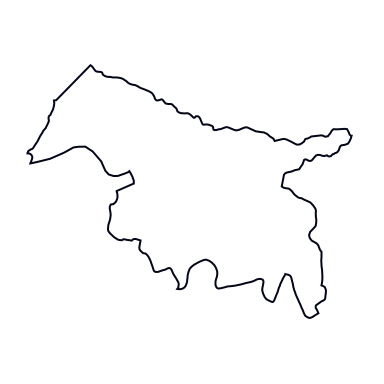 Desruisseaux, Micoud, Saint Lucia, rotated 357°
{"feature_id": "8701671B99321727283863", "entity_name": "Desruisseaux", "entity_type": "district", "adm_level": 2, "iso_a3": "LCA", "parent_name": "Saint Lucia", "parent_adm1": "Micoud", "projection": "robinson", "projection_center": [-60.935, 13.796], "detail": "fine", "context": "isolated", "style": "outline", "palette": "ink", "viewbox_px": 384, "rotation_deg": 357, "n_neighbors": 0, "source": "geoboundaries", "source_scale": "gbopen_adm2", "svg_char_len": 6056}
<svg xmlns="http://www.w3.org/2000/svg" viewBox="0 0 384 384"><g transform="rotate(357 192 192)"><path d="M311.9,319.7L310.7,316.4L309.5,314.3L309.5,312.7L309.9,311.7L312.3,310.1L315.4,308.1L317.8,307.1L318.8,306.4L319.4,305.4L320.6,298.2L320.5,296.4L319.6,293.9L317.9,292.7L316.4,292.1L317.0,289.7L317.5,286.9L317.8,283.5L317.8,276.4L317.5,272.9L317.5,267.1L317.9,264.0L318.2,258.5L316.8,256.5L315.2,251.7L313.7,249.8L309.0,246.8L307.3,244.3L306.8,242.3L306.7,241.1L307.9,238.0L312.1,234.1L313.8,232.2L314.5,228.7L314.7,225.9L314.4,223.5L314.5,219.3L314.8,217.2L314.3,215.0L312.1,211.5L309.7,208.7L307.3,207.4L303.2,205.3L300.9,203.9L298.8,203.5L297.5,202.8L294.8,200.5L293.5,199.0L291.8,196.4L289.4,194.0L287.9,193.5L284.7,192.9L283.3,192.2L281.9,191.2L284.7,179.8L285.9,178.3L287.8,177.5L291.2,177.0L293.4,176.5L295.8,175.6L300.2,174.9L302.3,172.0L303.8,170.2L305.6,165.9L306.8,165.3L308.2,165.7L309.9,166.8L311.5,167.2L312.8,166.9L313.6,166.4L315.7,164.1L317.7,162.1L319.3,161.5L321.6,161.7L324.2,162.7L326.2,163.0L328.7,162.4L329.9,163.4L331.1,163.7L332.6,163.4L334.5,161.6L335.5,161.6L336.6,160.8L338.3,160.3L339.1,159.9L340.7,158.1L341.9,155.0L342.9,153.7L343.8,153.2L347.5,152.8L350.2,151.9L351.6,150.2L353.2,147.3L354.3,144.2L353.6,144.1L352.5,143.1L351.5,140.2L350.1,137.3L347.6,136.9L343.5,137.0L340.1,137.0L336.5,136.7L334.9,138.0L333.1,140.7L330.6,143.4L328.0,143.8L325.6,142.6L324.2,142.2L314.2,142.8L312.1,143.9L309.9,144.7L308.0,145.0L306.4,147.6L303.5,149.5L301.6,150.2L299.9,150.2L298.8,150.0L296.5,148.7L292.9,146.5L288.9,144.4L286.7,143.8L285.1,143.9L281.3,144.6L277.2,145.4L276.1,143.0L272.5,140.4L270.3,138.1L268.7,137.2L266.8,136.2L265.1,136.0L258.8,134.7L251.2,130.7L249.8,130.2L247.4,130.5L242.1,132.4L239.5,132.8L237.4,132.2L231.8,129.5L230.9,129.2L230.0,129.1L228.9,129.1L224.5,130.5L223.0,130.8L221.8,130.8L219.6,131.4L218.6,131.4L217.7,131.3L216.9,131.0L216.6,130.2L216.5,129.0L216.3,128.0L215.9,127.4L215.1,126.9L213.0,126.0L211.6,125.5L210.3,125.3L209.2,125.3L207.0,125.4L206.4,125.1L206.0,124.6L205.7,124.0L204.0,119.2L203.2,117.8L202.3,116.9L201.5,116.7L200.6,116.6L199.7,116.7L198.5,118.0L197.8,118.0L197.0,117.4L194.7,114.9L193.2,113.8L192.1,113.2L190.9,113.1L188.3,113.1L184.8,112.6L183.2,111.9L182.1,111.1L181.5,110.3L181.4,109.7L181.2,108.8L180.6,107.6L178.0,105.0L177.4,104.2L176.4,103.3L175.2,103.0L173.1,102.9L171.6,102.6L170.8,102.4L170.0,101.9L169.4,101.1L167.8,98.8L167.1,98.1L166.3,97.9L165.4,98.1L164.4,98.5L162.0,98.8L161.3,98.6L160.7,98.1L160.2,97.4L159.9,96.8L159.3,94.9L158.8,93.6L157.6,91.7L156.8,90.8L155.9,90.2L154.7,89.4L150.2,87.2L146.5,85.6L145.2,84.9L142.9,83.3L140.7,82.2L138.1,81.7L136.5,81.1L135.0,80.4L134.2,79.9L132.1,77.8L131.2,77.1L128.7,75.3L126.4,74.4L123.2,73.7L122.0,73.6L119.4,73.5L118.3,73.3L117.0,73.0L116.2,72.7L115.3,72.8L113.0,72.4L112.0,72.0L111.1,71.6L109.4,70.4L109.0,69.8L108.8,68.7L108.1,67.7L106.7,67.2L105.8,67.2L103.0,66.7L102.1,66.2L101.1,64.9L98.9,61.5L98.5,61.1L97.2,60.1L61.2,93.2L58.9,93.4L59.0,94.2L59.1,96.3L58.7,98.3L57.8,101.5L57.2,102.9L55.1,106.5L54.8,107.5L53.4,108.5L53.0,108.9L52.6,110.6L52.8,113.8L52.6,114.1L52.2,115.0L50.5,118.3L49.8,119.3L49.2,120.6L48.7,121.0L46.8,123.0L45.1,125.8L44.2,126.9L42.7,129.2L42.0,130.6L41.5,131.3L40.7,132.9L37.6,137.0L35.5,140.0L34.9,140.5L33.6,140.9L31.7,141.9L30.9,142.4L30.5,142.9L30.0,144.0L29.7,144.8L31.3,145.0L32.1,145.3L32.7,145.7L33.9,147.1L34.3,148.4L34.3,149.5L33.9,150.9L32.2,154.7L32.1,155.0L38.5,154.0L52.0,151.4L66.1,146.1L76.0,141.3L81.0,140.9L87.8,141.1L94.9,146.3L102.9,156.6L106.6,166.3L109.7,170.1L114.4,171.9L118.7,172.1L125.7,170.1L129.7,168.7L130.5,167.9L131.5,169.6L133.3,173.7L134.5,177.8L134.3,180.5L116.8,187.1L116.8,187.8L117.3,189.4L117.4,191.8L117.3,193.5L116.9,194.9L115.7,197.5L114.5,198.7L112.8,200.0L110.4,200.2L109.8,200.9L109.1,202.5L109.0,204.2L109.4,207.3L109.6,210.6L108.8,215.0L106.8,220.4L106.2,223.9L106.2,226.1L107.1,227.8L108.4,229.4L111.8,233.0L115.1,235.4L117.0,236.2L119.6,236.5L121.0,235.6L122.5,235.8L125.3,236.6L126.9,236.8L129.2,237.4L130.9,236.1L131.7,235.9L133.4,236.0L135.7,236.8L138.1,237.7L136.6,243.9L136.5,244.8L136.5,245.6L136.7,246.7L137.3,247.7L139.3,249.9L140.3,250.6L142.3,251.0L143.1,251.7L144.1,252.8L144.9,254.0L145.9,256.0L146.8,258.2L147.2,259.4L147.5,260.6L148.6,264.2L149.5,267.7L149.9,268.7L150.5,269.4L151.4,269.9L152.6,270.0L154.2,270.0L155.2,269.6L157.7,268.9L161.9,267.9L162.9,267.3L164.7,266.7L165.6,266.8L166.4,267.2L167.0,267.8L167.4,268.5L167.8,269.3L168.3,270.9L169.0,272.8L171.5,277.2L173.0,280.2L173.4,281.1L173.7,281.9L173.9,282.9L173.8,284.2L173.3,286.7L172.2,288.0L173.7,288.3L174.8,288.4L175.8,288.4L176.8,288.2L177.7,287.9L179.3,287.0L180.0,286.3L180.7,285.4L181.4,284.0L182.0,282.6L182.4,281.2L182.6,279.7L182.9,278.1L183.3,275.3L183.5,274.1L184.5,271.2L185.6,268.8L186.6,267.6L187.3,266.9L189.9,265.0L190.8,264.5L193.8,263.0L195.8,262.1L197.3,261.5L199.8,260.7L200.9,260.4L201.9,260.3L202.8,260.4L205.6,261.6L208.1,263.5L208.7,264.2L210.6,266.4L212.1,269.4L212.8,271.9L213.0,272.8L213.0,274.9L212.8,276.1L212.5,277.6L212.1,278.7L211.1,281.5L210.8,282.8L210.7,283.8L210.6,286.1L210.9,287.1L211.4,288.3L212.1,289.2L213.1,289.7L213.7,289.8L215.8,289.6L221.1,288.6L222.1,288.2L225.3,288.1L229.9,287.8L231.8,287.5L235.3,287.0L237.2,286.6L241.4,285.7L246.2,284.9L248.8,284.2L252.2,282.7L254.5,282.3L256.3,282.5L257.1,282.8L257.9,283.2L258.4,283.9L258.7,285.2L258.2,288.1L257.4,290.9L257.1,292.6L257.0,293.9L257.3,295.5L257.8,297.5L259.1,300.7L260.4,302.6L261.3,303.4L265.4,305.7L266.5,306.1L267.0,306.0L267.4,305.8L268.4,304.6L271.2,298.5L272.5,295.9L273.3,293.4L273.9,291.8L274.9,290.2L275.1,289.1L277.0,285.6L277.7,284.2L279.2,281.6L280.2,280.3L280.9,278.8L281.9,279.2L283.9,279.7L285.4,280.6L286.0,281.3L286.5,282.2L286.7,283.2L287.7,288.1L288.1,290.3L288.2,292.0L288.5,293.2L289.1,295.9L289.6,297.2L290.2,299.6L292.0,304.4L294.2,309.9L295.6,313.9L296.3,315.4L297.4,318.8L298.4,321.1L298.9,321.8L300.9,323.2L302.5,323.9L303.4,323.9L305.4,323.3L311.0,320.1L311.4,320.0L311.9,319.7Z" fill="none" stroke="#020617" stroke-width="2"/></g></svg>